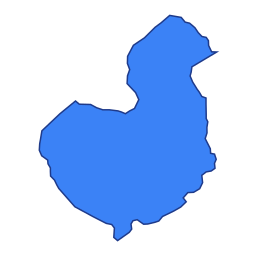 outline of Triunfo, Pernambuco, Brazil
{"feature_id": "56859067B74717600950827", "entity_name": "Triunfo", "entity_type": "district", "adm_level": 2, "iso_a3": "BRA", "parent_name": "Brazil", "parent_adm1": "Pernambuco", "projection": "mercator", "projection_center": [-38.058, -7.842], "detail": "fine", "context": "isolated", "style": "filled", "palette": "blue", "viewbox_px": 256, "rotation_deg": 0, "n_neighbors": 0, "source": "geoboundaries", "source_scale": "gbopen_adm2", "svg_char_len": 1278}
<svg xmlns="http://www.w3.org/2000/svg" viewBox="0 0 256 256"><path d="M133.4,45.3L127.6,56.3L127.4,63.4L129.7,69.6L127.5,75.8L127.1,83.6L135.6,92.6L138.8,99.6L134.5,108.5L129.7,110.9L125.4,113.7L121.4,112.0L118.0,110.9L109.3,109.8L102.8,109.8L96.5,107.7L90.6,104.5L79.3,104.2L75.5,101.0L60.0,113.7L41.9,130.8L40.4,139.9L39.7,143.7L39.3,150.2L41.7,155.8L47.7,160.1L48.0,163.8L50.4,167.9L50.4,171.5L50.6,176.1L54.5,180.1L56.9,185.1L58.8,188.5L74.9,206.8L93.2,216.7L106.3,223.4L111.7,224.5L114.4,228.0L113.8,237.4L117.6,240.6L129.3,232.3L131.7,229.1L131.0,224.0L133.0,220.7L137.2,219.7L143.6,224.2L147.8,224.0L154.9,222.3L158.8,221.0L162.5,216.5L174.0,210.9L180.8,207.0L186.2,201.8L183.2,197.9L187.8,192.6L193.6,192.3L199.7,188.7L202.6,182.6L201.8,175.3L206.2,171.9L211.2,171.0L215.0,168.3L214.5,163.3L216.2,159.3L214.5,154.1L210.6,153.3L210.3,148.7L205.2,138.6L207.0,132.9L206.9,127.4L207.8,121.8L206.2,118.6L206.2,114.5L206.0,103.9L206.0,98.0L201.8,96.5L199.3,92.2L197.1,89.2L195.4,86.4L192.7,82.1L190.1,76.0L191.2,72.0L191.9,66.8L216.7,52.0L211.6,51.8L208.6,45.5L208.4,40.6L206.2,37.4L201.9,36.5L198.2,32.6L194.9,27.7L189.6,23.2L185.1,22.1L181.2,17.4L169.7,15.4L161.0,22.9L155.2,27.2L144.5,37.8L139.0,41.5L133.4,45.3Z" fill="#3b82f6" stroke="#1e3a8a" stroke-width="1.5"/></svg>